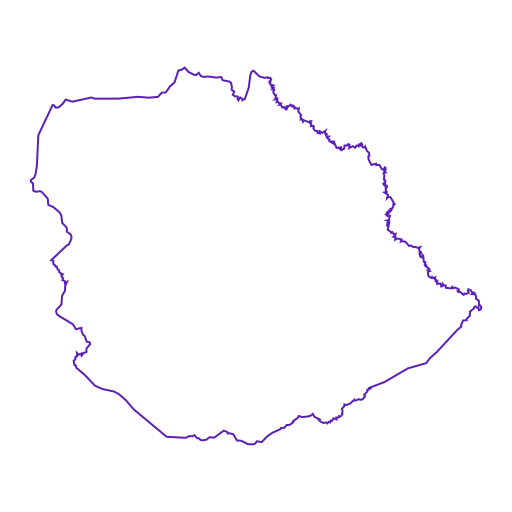 the district of Pha Khao, Loei, Thailand
{"feature_id": "78962969B60178316826194", "entity_name": "Pha Khao", "entity_type": "district", "adm_level": 2, "iso_a3": "THA", "parent_name": "Thailand", "parent_adm1": "Loei", "projection": "orthographic", "projection_center": [102.064, 17.053], "detail": "fine", "context": "isolated", "style": "outline", "palette": "violet", "viewbox_px": 512, "rotation_deg": 0, "n_neighbors": 0, "source": "geoboundaries", "source_scale": "gbopen_adm2", "svg_char_len": 5963}
<svg xmlns="http://www.w3.org/2000/svg" viewBox="0 0 512 512"><path d="M178.4,70.5L174.5,82.5L170.1,86.2L165.8,92.4L161.8,92.7L157.9,96.9L148.6,97.7L138.1,96.8L118.8,98.6L94.9,98.7L91.3,97.5L72.3,101.7L65.6,99.6L62.7,103.8L58.4,107.5L55.7,107.6L54.1,105.4L52.6,105.0L38.3,135.3L36.9,165.8L35.4,174.7L34.3,177.4L30.7,180.2L31.0,181.7L33.0,183.3L33.3,190.7L36.1,191.8L40.0,191.1L42.1,192.2L47.8,198.8L48.3,204.9L53.2,207.0L59.2,212.0L61.3,215.3L62.2,222.9L66.8,227.8L66.9,231.7L70.5,234.3L71.5,236.7L71.4,238.7L68.9,244.5L67.1,245.2L51.2,260.2L53.4,261.0L53.3,264.0L55.3,265.5L55.4,266.5L56.7,266.5L57.8,269.6L59.1,270.3L59.3,272.2L61.2,273.4L61.2,274.3L62.7,274.3L61.5,276.4L63.2,278.3L62.3,280.0L64.8,281.2L64.9,283.1L66.9,281.9L65.1,286.2L65.0,290.7L62.1,295.8L61.4,304.5L56.5,309.9L56.1,311.4L56.8,314.0L58.8,315.8L72.8,324.2L76.0,329.2L81.4,327.9L81.6,331.5L83.2,334.7L84.8,336.2L86.7,341.7L89.8,342.3L90.2,344.2L86.5,348.4L86.4,352.1L82.5,353.3L82.6,354.6L81.6,355.6L81.2,353.6L78.5,354.7L76.9,352.9L77.1,356.3L75.5,356.8L75.3,359.4L73.7,360.7L74.4,364.9L75.8,365.5L76.3,367.8L84.3,374.5L95.1,385.8L102.4,389.0L114.0,391.5L119.0,394.2L126.0,400.3L133.6,409.3L166.7,436.8L185.5,437.8L189.9,436.0L192.4,436.3L194.4,435.1L197.1,438.2L198.4,438.1L200.6,440.0L202.7,440.3L206.1,439.8L209.7,437.2L214.3,437.6L223.7,430.7L227.0,431.8L227.7,433.5L228.8,433.1L233.4,434.3L236.9,440.4L241.4,440.8L247.8,444.1L253.2,444.4L255.0,443.7L257.1,441.2L261.5,442.2L267.6,436.1L272.3,432.8L280.4,429.2L280.8,428.1L284.3,427.8L286.7,425.0L289.6,424.9L293.2,422.3L292.9,421.3L297.8,417.8L298.8,416.0L302.3,417.1L308.4,416.4L311.0,415.5L312.8,413.9L314.6,417.0L319.7,419.3L318.8,420.0L320.3,421.4L323.2,422.9L326.1,422.5L327.3,423.4L328.5,422.1L330.0,422.4L330.5,420.7L332.0,420.9L333.3,418.4L336.5,419.4L336.2,417.6L339.0,417.3L339.1,416.1L340.7,416.3L342.5,414.1L341.9,413.4L342.6,411.3L341.9,408.7L344.1,406.5L344.4,404.4L345.7,405.2L350.1,403.6L354.2,399.8L354.3,400.5L356.2,400.4L358.6,399.2L361.1,399.8L362.8,399.1L365.1,396.2L364.1,395.0L367.3,391.4L367.3,389.7L368.9,389.6L369.0,388.7L370.2,388.5L369.4,387.8L384.7,381.9L407.8,368.4L426.3,363.1L429.8,358.3L437.1,351.7L457.3,329.9L461.4,326.5L461.1,325.3L463.0,320.5L466.7,320.2L466.6,318.9L469.9,315.7L469.9,311.7L473.9,308.4L474.0,307.3L475.7,306.3L477.2,307.8L478.3,307.4L479.0,310.2L480.8,309.3L481.3,307.2L480.2,305.4L479.0,305.4L478.8,300.6L476.0,298.8L476.1,296.5L475.2,294.2L471.9,294.1L473.6,292.7L472.1,292.5L471.0,290.5L468.3,289.3L467.9,290.6L468.8,292.6L466.1,293.9L464.4,293.5L463.6,294.8L460.0,292.0L458.1,291.9L457.6,291.1L458.9,290.6L458.7,289.3L455.1,287.5L453.0,288.3L452.2,286.9L451.3,288.4L445.9,287.8L445.6,285.4L443.5,285.5L442.9,284.1L442.2,286.2L441.3,286.5L440.5,283.5L437.2,283.9L437.3,282.2L435.9,281.5L437.0,280.5L434.9,279.5L435.2,277.4L433.1,278.1L432.1,277.0L431.6,278.0L429.1,276.8L428.2,275.2L427.9,271.9L429.7,271.2L428.1,270.2L429.3,270.0L429.5,269.0L425.3,265.9L426.1,265.2L424.7,264.3L425.4,262.3L423.8,261.8L423.2,255.5L422.4,255.6L421.7,257.3L420.1,256.4L419.5,253.5L421.4,253.5L420.8,252.0L420.0,252.2L418.9,248.8L420.0,247.2L417.9,247.8L414.9,246.8L413.3,247.2L411.0,245.5L409.1,246.0L405.5,241.8L402.1,241.1L400.9,241.6L401.6,239.4L397.4,238.5L395.1,239.7L395.4,237.4L393.7,236.8L395.2,236.1L395.6,233.8L393.9,234.4L392.3,232.1L391.1,232.9L390.5,231.6L387.7,229.7L388.7,225.2L387.1,225.5L387.4,223.7L388.8,223.9L389.3,222.4L387.9,222.0L388.8,220.9L387.1,220.4L388.9,219.9L389.9,215.7L387.7,216.1L386.1,214.6L387.3,214.2L386.6,213.1L387.2,212.4L388.8,214.1L388.2,212.0L390.0,211.5L389.2,210.6L391.2,210.3L390.5,208.8L392.0,208.7L393.6,205.9L393.2,204.5L394.5,204.1L390.5,197.2L388.3,197.1L387.1,198.2L388.0,194.8L384.3,192.4L386.7,191.8L385.6,189.8L387.0,186.6L386.8,185.8L385.7,186.5L385.8,185.7L384.8,185.5L385.0,184.2L383.9,184.7L383.4,183.6L385.3,182.1L385.2,180.2L384.3,180.1L383.9,178.9L384.4,175.7L383.5,173.3L385.6,172.4L384.5,171.6L385.7,169.5L385.4,167.5L384.8,167.4L383.3,169.8L381.7,168.9L379.4,164.9L376.3,165.0L376.1,163.7L371.4,164.9L368.6,159.6L368.4,156.3L369.4,155.7L369.0,152.7L367.0,151.0L365.2,146.6L364.8,147.5L363.4,147.6L362.0,146.4L362.2,144.4L361.4,143.2L360.4,143.9L361.0,145.7L360.1,145.2L359.6,146.1L359.7,144.6L359.2,144.4L358.7,146.3L357.9,145.4L356.4,145.7L355.1,147.7L352.7,146.2L349.5,147.8L350.0,146.8L349.0,146.3L349.5,144.6L348.5,144.1L346.8,145.4L344.5,145.6L344.2,148.6L341.4,150.2L339.8,148.9L341.3,148.3L341.1,147.3L336.6,147.9L334.1,142.4L333.4,142.5L333.4,143.5L332.3,142.7L333.4,141.5L331.8,141.5L331.4,142.4L329.2,141.0L329.6,139.9L327.1,137.8L328.6,136.5L326.6,136.4L326.0,135.4L326.7,134.2L324.5,133.4L325.6,133.4L324.7,132.5L325.4,130.8L322.6,132.8L320.0,131.4L320.0,133.5L319.2,133.4L318.7,131.5L318.7,132.8L317.6,132.9L317.6,131.1L315.4,130.9L313.9,129.4L313.3,128.0L313.8,126.5L312.9,125.7L310.9,126.1L311.1,123.9L310.3,123.3L311.3,121.2L310.2,121.1L309.4,122.4L303.9,120.3L303.0,121.7L302.4,119.4L300.7,119.5L301.1,117.8L300.4,117.1L301.1,115.0L298.3,111.6L298.7,108.6L298.0,109.2L296.7,108.2L294.6,108.5L294.9,107.4L292.8,106.7L293.4,105.7L292.0,105.4L291.7,106.0L290.5,104.7L289.6,105.7L286.6,106.3L286.6,107.4L287.4,107.7L286.3,109.5L284.6,108.4L284.3,107.1L282.3,107.5L280.7,104.5L279.6,104.7L280.8,103.4L279.2,103.4L277.9,101.7L276.7,102.1L277.3,99.1L275.2,99.4L276.6,98.1L275.5,97.7L276.0,95.2L274.8,95.0L273.5,93.0L273.4,90.6L274.3,90.1L273.8,88.9L272.4,89.1L273.4,87.8L272.2,87.9L271.5,86.8L273.3,85.4L270.7,84.7L269.7,83.3L270.4,82.2L269.4,81.6L271.2,79.6L270.3,77.8L268.3,78.0L267.6,77.2L264.6,77.9L259.3,76.3L253.6,70.8L251.6,71.7L250.3,75.3L248.7,87.7L244.9,98.8L242.4,100.2L242.4,99.0L240.2,97.5L238.3,100.3L237.5,98.8L238.4,97.9L237.5,96.5L234.6,96.2L232.8,94.8L234.2,91.7L231.6,89.8L231.9,87.0L231.0,82.8L229.1,81.5L222.6,80.2L221.2,77.0L216.4,77.6L208.5,76.5L203.7,76.9L200.9,76.1L198.8,72.8L196.0,75.0L194.6,75.0L188.7,72.1L184.5,67.6L182.0,69.6L178.4,70.5Z" fill="none" stroke="#5b21b6" stroke-width="2"/></svg>